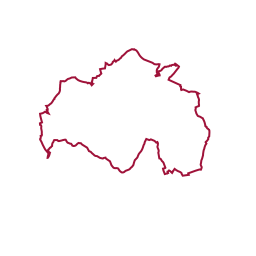 outline of Sarmasu, Mures, Romania, rotated 227°
{"feature_id": "2599482B42966946124172", "entity_name": "Sarmasu", "entity_type": "district", "adm_level": 2, "iso_a3": "ROU", "parent_name": "Romania", "parent_adm1": "Mures", "projection": "mercator", "projection_center": [24.153, 46.751], "detail": "fine", "context": "isolated", "style": "outline", "palette": "rose", "viewbox_px": 256, "rotation_deg": 227, "n_neighbors": 0, "source": "geoboundaries", "source_scale": "gbopen_adm2", "svg_char_len": 5843}
<svg xmlns="http://www.w3.org/2000/svg" viewBox="0 0 256 256"><g transform="rotate(227 128 128)"><path d="M181.6,185.9L181.8,185.6L183.0,184.6L184.2,180.6L184.5,179.9L184.5,177.8L184.4,176.6L184.4,173.9L184.6,172.7L184.6,172.3L184.3,171.4L184.1,170.8L184.3,169.6L184.2,168.1L184.2,167.7L184.5,166.7L184.9,165.7L184.8,164.4L186.8,164.5L186.7,164.3L186.7,163.9L186.6,163.7L186.5,163.0L186.5,162.8L186.7,162.5L186.7,161.9L186.5,161.6L186.3,161.4L186.1,160.8L186.0,160.3L186.0,159.8L185.9,159.4L185.9,159.0L186.7,157.4L187.2,156.8L188.6,156.6L189.4,156.6L190.4,156.4L190.7,156.5L190.5,156.3L190.5,156.1L190.8,156.0L190.4,155.6L190.2,155.6L187.3,151.8L188.8,149.8L190.1,147.7L187.5,146.3L186.0,145.6L186.0,142.5L185.9,142.4L187.0,140.8L187.0,140.6L186.3,139.0L188.6,136.4L186.9,134.1L186.8,133.8L186.8,133.5L185.8,132.3L185.6,132.5L185.5,132.3L185.6,132.2L185.0,131.9L184.4,132.2L184.1,132.4L184.0,130.6L185.3,130.8L186.3,130.8L187.6,130.3L188.0,129.9L188.1,129.1L188.9,129.0L190.1,128.4L191.0,127.6L193.0,126.2L195.1,125.0L197.0,124.2L198.9,123.9L200.0,123.8L201.0,124.0L203.3,121.3L204.0,119.1L204.8,117.6L205.0,116.0L205.0,114.5L205.3,113.7L205.6,113.1L206.4,112.7L207.2,111.7L208.2,110.7L207.6,109.8L207.3,109.5L207.1,109.5L205.9,107.9L204.1,106.1L203.0,104.8L202.4,104.4L201.7,103.6L201.2,102.7L200.8,101.8L200.5,100.6L200.6,99.5L200.4,97.5L200.2,96.2L200.0,95.3L199.9,94.4L199.4,94.0L199.5,93.3L199.2,92.0L198.9,91.2L198.4,88.7L198.6,87.7L198.7,85.2L199.0,84.5L199.9,83.3L199.3,83.2L197.9,82.6L197.0,82.4L196.6,82.1L196.2,81.8L196.7,81.3L196.8,80.9L196.7,80.8L195.7,80.5L192.8,79.8L194.4,79.0L195.0,79.0L195.4,78.8L195.9,78.7L196.5,78.4L196.7,77.1L197.1,75.5L197.6,74.8L197.7,74.5L198.4,73.4L196.6,72.1L194.3,70.8L190.7,68.9L191.5,66.8L191.0,66.4L191.0,66.5L190.6,66.3L189.3,66.2L188.5,65.9L188.2,65.6L187.0,64.3L184.3,62.6L183.6,62.0L182.6,61.0L181.7,60.4L181.3,59.6L181.8,58.8L181.0,58.2L180.2,57.2L179.7,56.5L179.8,56.1L179.2,55.8L177.0,55.3L173.9,54.2L169.6,53.0L168.6,52.8L164.8,52.6L163.6,52.4L163.3,52.1L162.0,50.1L161.0,48.8L160.9,48.9L161.0,49.6L161.4,51.0L162.2,52.6L162.8,53.3L163.1,54.1L163.4,54.1L163.9,53.9L164.9,53.8L165.6,54.2L166.0,54.5L166.5,54.7L166.6,55.3L166.5,56.0L166.8,57.4L166.5,58.3L166.7,59.4L166.6,60.2L167.6,61.2L168.3,62.2L168.5,62.7L168.7,63.9L169.4,65.3L169.5,65.8L169.3,66.0L167.3,68.1L166.0,68.1L165.4,68.7L164.0,71.2L163.4,72.5L163.0,72.9L162.8,73.5L162.5,73.8L162.0,74.4L161.6,74.4L159.9,73.9L158.4,73.8L157.7,74.3L156.5,74.7L155.2,75.7L153.6,75.4L153.6,75.5L152.6,75.5L152.2,75.7L151.6,76.3L151.0,77.5L150.9,78.1L151.0,80.3L150.8,81.6L150.7,81.8L149.8,82.3L149.2,83.0L148.9,83.2L147.8,83.1L147.0,83.2L141.5,84.7L137.7,83.7L136.0,84.5L133.9,84.5L132.6,84.7L130.7,84.8L129.7,85.2L128.5,86.2L125.3,87.1L124.2,87.8L122.8,88.8L122.7,89.6L122.5,90.0L121.7,91.3L121.3,91.1L120.3,91.1L115.9,92.1L112.0,90.5L109.1,90.3L108.1,90.6L107.0,91.6L106.4,92.4L105.5,93.0L105.0,93.2L103.8,92.9L102.2,92.7L101.3,92.8L99.8,93.1L98.9,94.0L98.5,95.0L98.4,95.3L98.4,96.4L98.3,97.1L97.0,100.2L96.8,101.3L96.8,101.6L97.0,102.9L96.9,104.0L96.9,104.8L97.2,105.9L97.1,106.3L98.0,107.9L98.4,108.4L99.8,111.0L99.9,112.8L100.0,114.3L100.1,114.9L100.6,115.8L101.6,118.1L101.8,119.2L102.1,121.8L102.7,123.7L103.6,125.6L104.8,127.7L105.3,129.3L106.2,130.5L107.5,133.9L104.7,135.3L104.3,136.1L104.2,136.8L104.0,137.0L101.4,138.2L100.5,138.6L99.0,138.7L98.0,138.7L97.7,139.9L97.2,139.8L96.3,139.4L95.1,138.1L94.2,136.7L93.5,136.3L91.2,135.4L90.4,134.9L89.7,134.1L89.2,133.2L88.4,132.8L84.8,130.4L84.4,130.2L84.2,130.4L82.9,130.8L80.8,130.3L79.4,130.4L78.5,130.3L73.4,128.2L73.4,127.7L74.4,125.9L72.7,124.9L69.2,123.5L68.8,124.2L68.2,125.7L67.9,125.8L67.9,126.1L67.7,126.6L69.1,127.2L68.9,127.6L68.9,128.0L69.0,129.0L68.7,129.2L67.8,129.4L65.1,129.6L65.2,129.9L65.6,130.0L65.7,130.7L65.4,130.7L65.8,131.9L66.3,134.2L64.5,134.5L62.5,135.1L60.3,136.1L59.0,136.4L58.6,136.4L57.6,135.9L55.8,135.5L52.3,140.5L53.8,141.1L50.6,148.5L49.1,151.6L49.0,151.9L47.8,152.9L48.4,154.2L49.1,155.2L49.6,155.4L51.0,155.8L51.9,156.4L52.5,157.4L54.3,159.6L55.0,161.2L56.9,164.3L57.8,165.2L59.4,167.2L60.2,168.3L60.9,169.8L61.4,170.4L62.4,172.2L62.9,173.5L63.1,174.7L64.7,175.1L64.8,175.7L64.7,176.7L65.1,179.1L65.2,179.3L66.0,179.7L66.2,180.0L66.5,181.7L69.1,184.4L70.2,185.4L70.7,185.8L71.4,186.1L72.0,185.9L72.8,186.0L73.5,185.7L74.8,185.9L75.2,186.2L75.7,185.9L76.2,186.1L76.8,185.9L77.6,186.6L80.0,187.9L81.5,188.5L83.9,189.2L84.0,189.3L85.9,188.7L86.6,188.6L87.7,188.1L88.5,187.6L89.3,187.3L92.0,187.9L92.9,188.4L94.9,189.3L95.4,189.7L95.7,190.4L95.9,190.7L97.0,191.5L96.3,193.6L95.7,194.8L96.3,195.6L97.5,196.4L99.0,197.7L99.9,198.9L100.4,199.3L101.3,199.8L102.7,200.3L102.9,200.3L103.8,200.8L104.0,201.0L104.3,201.0L104.5,201.3L105.7,201.6L105.0,203.2L105.9,203.0L107.4,202.4L108.7,201.8L109.5,201.1L110.0,200.5L111.2,199.5L112.2,198.2L112.6,197.1L115.2,196.2L118.6,194.6L119.4,192.9L120.0,193.1L122.1,195.0L122.8,194.6L123.7,195.6L124.2,195.3L135.6,190.6L136.6,192.7L136.6,193.2L136.3,194.5L136.3,195.0L136.5,197.1L136.5,198.3L137.5,204.5L137.6,205.8L137.8,206.4L138.2,207.2L141.3,206.7L140.9,205.5L141.7,205.3L141.8,206.5L142.9,206.3L142.7,205.2L143.1,204.5L143.9,203.4L144.2,202.7L144.1,201.9L144.7,201.7L144.8,201.5L144.9,201.4L145.2,201.1L145.2,200.2L145.5,199.5L146.2,198.7L146.4,198.1L146.7,197.5L147.5,197.0L147.7,196.6L147.7,196.1L147.8,193.4L147.5,192.0L147.6,191.1L147.8,190.5L148.8,188.7L146.7,187.8L145.6,187.5L144.9,187.0L145.6,186.0L146.8,183.7L147.6,183.9L147.3,185.2L146.8,186.1L147.9,186.6L148.9,186.9L150.4,188.2L150.8,188.7L151.2,189.5L151.4,190.2L151.7,192.2L151.9,192.6L152.4,193.4L153.1,194.5L153.7,194.1L155.0,192.3L156.2,191.2L156.8,190.8L158.5,190.5L159.4,190.2L167.3,186.4L169.5,186.0L171.4,185.9L173.1,186.0L176.7,186.8L178.8,187.0L180.1,186.7L181.4,185.7L181.6,185.9Z" fill="none" stroke="#9f1239" stroke-width="2"/></g></svg>